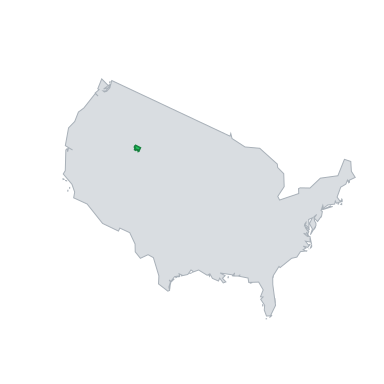 Caribou, Idaho, United States of America shown in context, rotated 27°
{"feature_id": "52423323B45551485441937", "entity_name": "Caribou", "entity_type": "district", "adm_level": 2, "iso_a3": "USA", "parent_name": "United States of America", "parent_adm1": "Idaho", "projection": "orthographic", "projection_center": [-111.64, 42.719], "detail": "fine", "context": "in_parent", "style": "filled", "palette": "green", "viewbox_px": 384, "rotation_deg": 27, "n_neighbors": 0, "source": "geoboundaries", "source_scale": "gbopen_adm2", "svg_char_len": 4524}
<svg xmlns="http://www.w3.org/2000/svg" viewBox="0 0 384 384"><g transform="rotate(27 192 192)"><path d="M300.1,121.4L314.6,111.3L313.0,93.7L319.6,92.7L324.6,101.2L330.8,104.9L326.5,110.5L327.1,112.3L325.1,110.8L325.5,115.1L322.3,120.2L323.6,130.7L327.9,132.9L329.4,131.4L328.2,130.0L329.1,130.5L330.1,132.2L325.7,136.4L323.8,135.0L324.6,138.0L318.9,141.9L315.9,147.9L315.5,145.6L314.6,144.5L315.4,150.0L317.0,150.2L318.3,154.4L317.3,161.3L312.6,159.7L313.3,155.4L311.9,158.9L314.3,162.1L316.6,163.5L317.7,165.7L316.9,176.3L316.1,170.3L311.0,166.8L311.0,160.4L308.4,163.5L312.6,170.9L308.6,170.0L307.6,170.8L307.7,167.8L307.3,167.1L307.0,169.5L307.6,171.2L313.5,172.1L312.9,174.0L309.8,172.2L308.8,172.1L312.7,174.2L314.1,174.3L314.2,176.6L312.1,175.8L315.5,177.7L315.1,178.4L313.5,177.4L310.2,178.1L315.0,179.2L317.2,178.0L322.2,184.2L318.1,179.6L320.1,182.9L315.4,184.3L319.9,186.4L321.1,184.6L320.3,188.8L315.7,189.7L318.9,190.2L317.2,192.9L320.2,192.9L315.7,195.9L315.0,202.4L310.8,205.9L304.8,219.4L303.3,218.8L302.4,229.2L302.7,231.5L306.0,237.8L317.9,255.1L318.1,266.7L314.7,268.7L310.0,264.4L308.2,260.0L301.9,256.4L303.0,253.3L300.6,254.3L299.9,246.9L292.3,242.0L283.6,246.8L281.0,243.2L271.8,245.8L272.6,243.8L271.4,245.9L267.4,247.9L266.7,244.7L266.4,247.2L253.8,251.4L259.5,251.5L258.3,255.0L263.0,256.7L261.1,258.8L255.8,256.2L256.0,259.3L249.4,259.7L245.1,256.8L243.3,259.3L233.3,258.5L228.4,263.8L229.7,262.4L226.5,261.9L225.7,267.4L220.3,271.8L221.5,270.6L217.6,270.7L219.1,272.3L214.9,275.3L213.8,281.2L211.6,280.7L213.6,281.9L214.5,287.1L216.7,289.9L215.5,291.3L203.9,289.1L200.6,281.8L187.4,268.0L181.3,267.8L176.1,274.5L168.6,271.1L164.9,264.2L155.0,256.5L144.1,256.9L144.2,260.2L126.6,260.6L104.0,250.3L89.2,250.9L87.5,245.3L81.5,239.6L69.1,234.4L69.4,230.5L60.5,211.8L61.1,210.0L62.9,212.6L62.0,208.6L66.5,208.8L58.1,208.2L52.9,190.9L55.5,182.4L54.5,172.3L57.5,166.3L61.1,148.2L64.8,149.2L60.8,147.7L62.7,143.0L61.2,142.8L60.2,132.2L69.1,135.2L66.5,140.4L70.0,137.0L69.2,141.4L66.8,142.3L68.4,142.7L70.3,141.0L71.5,136.5L69.9,129.1L200.5,125.0L200.0,122.3L203.4,126.2L218.8,127.8L232.5,122.3L255.3,128.4L257.2,131.3L265.4,134.0L271.7,145.4L270.4,157.0L273.7,159.4L287.8,144.9L285.4,140.6L286.5,139.2L295.3,134.9L300.1,121.4ZM321.6,142.9L324.0,141.0L316.1,148.7L322.1,141.2L321.6,142.9ZM70.0,133.6L70.9,136.6L70.7,137.0L69.3,134.6L70.0,133.6ZM216.4,289.0L214.4,284.7L214.2,282.1L214.8,284.8L216.4,289.0ZM327.2,110.5L327.9,111.8L327.4,111.8L327.2,110.5ZM245.5,258.1L245.9,259.1L244.7,258.5L245.5,258.1ZM73.7,239.3L75.2,238.8L75.3,239.0L73.7,239.3ZM72.2,238.7L71.5,239.4L71.1,238.7L72.2,238.7ZM328.1,135.3L327.8,136.5L327.5,136.4L328.1,135.3ZM214.8,279.6L214.2,281.8L215.7,277.4L214.8,279.6ZM314.3,249.3L316.6,252.8L314.0,249.1L314.3,249.3ZM81.0,243.5L81.5,244.7L80.9,243.6L81.0,243.5ZM318.8,267.0L318.0,268.7L319.2,265.3L318.8,267.0ZM323.5,186.5L323.0,188.6L322.5,184.5L323.5,186.5ZM69.1,131.1L69.0,131.9L68.6,131.4L69.1,131.1ZM219.3,273.1L217.3,274.4L219.3,272.8L219.3,273.1ZM330.6,134.3L331.1,135.3L330.2,135.5L330.6,134.3ZM80.7,246.7L81.2,248.1L80.5,246.8L80.7,246.7ZM216.9,275.3L216.1,276.0L216.7,275.0L216.9,275.3ZM318.0,167.6L317.7,170.2L317.8,166.7L318.0,167.6ZM227.9,264.8L226.7,265.9L228.4,264.1L227.9,264.8ZM302.9,230.2L303.1,231.9L302.7,230.8L302.9,230.2ZM320.7,193.0L320.5,193.5L321.1,191.7L320.7,193.0ZM286.8,245.4L285.5,246.7L284.8,246.8L286.8,245.4ZM266.7,247.8L266.5,248.2L265.6,248.4L266.7,247.8ZM306.6,260.7L307.0,261.8L306.2,260.6L306.6,260.7ZM263.1,251.3L263.1,252.5L262.6,250.6L263.1,251.3ZM316.1,271.1L315.2,271.6L316.3,270.8L316.1,271.1ZM318.4,155.3L318.3,156.6L318.3,154.8L318.4,155.3ZM322.2,189.3L321.9,189.9L322.2,189.3Z" fill="#d9dde1" stroke="#a8b0b8" stroke-width="1"/><path d="M120.6,176.0L120.6,176.3L120.5,176.5L120.4,176.5L120.2,176.7L120.2,176.8L120.2,177.0L120.3,177.4L120.3,177.5L120.2,177.5L120.2,177.9L120.2,178.0L120.3,178.1L120.4,178.3L120.5,178.3L120.6,178.2L121.1,178.2L121.1,178.4L121.1,178.5L121.2,178.8L121.3,178.8L121.4,179.6L121.5,179.6L121.5,179.9L121.5,180.2L121.6,180.4L122.3,180.4L122.5,180.3L123.1,180.4L123.2,180.2L123.1,179.9L123.0,179.7L122.9,179.3L123.0,179.2L124.3,179.1L124.5,179.2L124.5,179.3L124.8,179.4L124.9,179.2L125.0,179.1L125.1,179.3L125.0,179.7L125.0,179.8L125.3,179.9L125.4,180.0L125.4,179.9L125.6,179.9L125.8,179.9L126.0,179.8L125.9,179.7L126.0,179.7L126.0,179.2L126.1,178.2L126.0,177.1L126.0,176.5L126.0,176.4L126.0,176.0L124.4,176.0L123.1,176.0L121.2,176.0L120.6,176.0Z" fill="#22c55e" stroke="#15803d" stroke-width="1.5"/></g></svg>